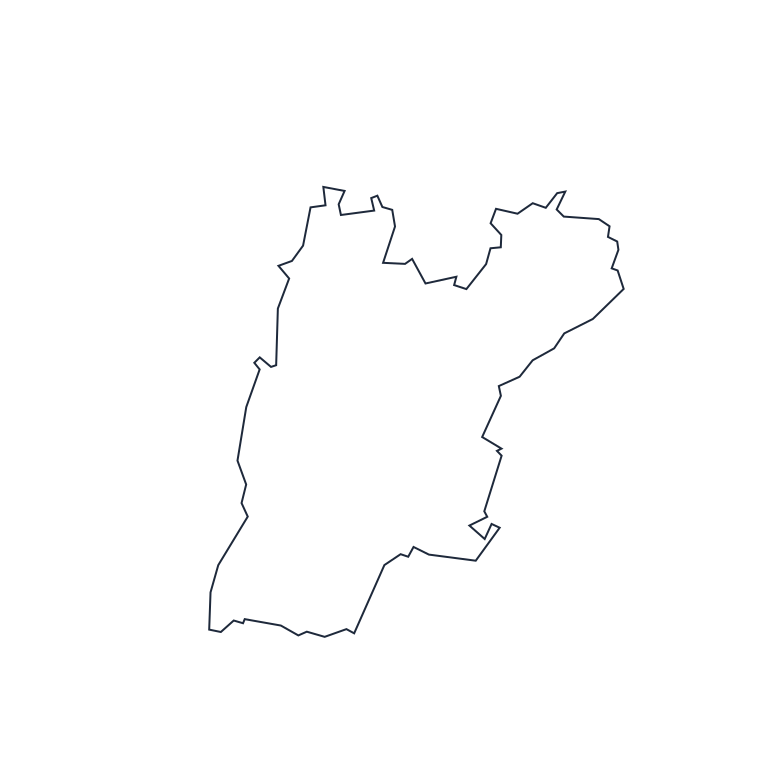 Lozovo, Lozovo, North Macedonia (Albers equal-area conic projection), rotated 240°
{"feature_id": "65306769B81455536397038", "entity_name": "Lozovo", "entity_type": "district", "adm_level": 2, "iso_a3": "MKD", "parent_name": "North Macedonia", "parent_adm1": "Lozovo", "projection": "albers", "projection_center": [21.925, 41.756], "detail": "fine", "context": "isolated", "style": "outline", "palette": "slate", "viewbox_px": 768, "rotation_deg": 240, "n_neighbors": 0, "source": "geoboundaries", "source_scale": "gbopen_adm2", "svg_char_len": 1270}
<svg xmlns="http://www.w3.org/2000/svg" viewBox="0 0 768 768"><g transform="rotate(240 384 384)"><path d="M269.3,453.4L289.0,442.5L315.3,479.3L324.8,482.4L322.5,505.1L330.2,524.6L329.8,549.2L337.7,565.4L335.9,597.4L346.5,639.1L365.5,643.1L370.3,639.0L383.0,654.1L390.8,657.2L399.4,651.5L407.8,658.2L419.4,652.5L439.1,623.4L448.8,620.8L460.0,637.2L462.7,629.4L455.7,612.2L466.2,603.2L464.7,584.8L479.7,568.6L469.9,556.7L454.4,560.1L444.0,553.5L448.3,544.1L436.8,532.4L425.0,502.8L434.6,494.2L440.7,500.3L450.3,470.2L478.3,470.9L477.5,462.3L489.4,443.8L514.9,472.3L530.7,478.2L538.1,471.1L550.4,472.4L551.4,465.9L539.1,462.2L551.9,431.2L562.3,434.6L570.9,446.4L585.0,430.0L568.0,422.7L573.7,408.7L544.3,383.1L536.6,365.8L539.1,351.7L522.8,354.6L502.4,329.8L454.2,300.0L455.3,294.7L469.2,289.7L467.2,282.3L458.8,283.6L432.9,253.2L390.9,218.8L365.9,214.4L352.1,201.1L337.3,199.7L310.0,149.9L290.3,129.6L258.7,109.8L250.8,118.7L254.3,135.6L247.3,142.3L250.0,145.8L226.4,173.9L209.1,184.1L208.1,193.3L194.7,206.2L190.5,228.9L183.0,233.5L227.0,293.8L228.3,313.3L222.3,318.6L228.1,328.1L213.8,337.6L185.1,375.1L201.7,412.3L209.0,407.2L199.4,393.7L218.7,387.2L217.4,407.0L223.6,407.2L263.1,450.0L269.6,448.4L269.3,453.4Z" fill="none" stroke="#1e293b" stroke-width="2"/></g></svg>